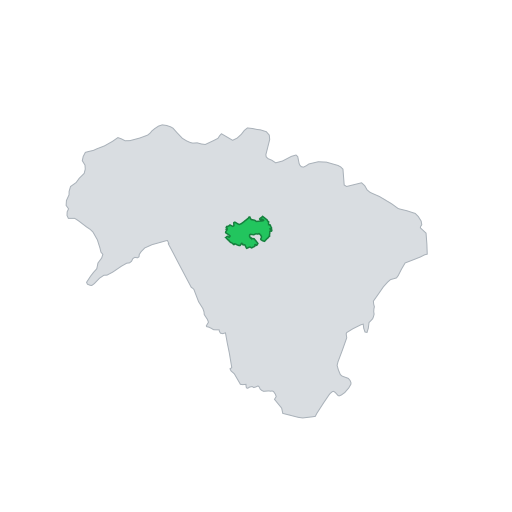 location of Boulkiemde, Boulkiemdé, Burkina Faso, rotated 63°
{"feature_id": "67063806B25202403935187", "entity_name": "Boulkiemde", "entity_type": "district", "adm_level": 2, "iso_a3": "BFA", "parent_name": "Burkina Faso", "parent_adm1": "Boulkiemdé", "projection": "equal_earth", "projection_center": [-2.114, 12.316], "detail": "fine", "context": "in_parent", "style": "filled", "palette": "green", "viewbox_px": 512, "rotation_deg": 63, "n_neighbors": 0, "source": "geoboundaries", "source_scale": "gbopen_adm2", "svg_char_len": 8207}
<svg xmlns="http://www.w3.org/2000/svg" viewBox="0 0 512 512"><g transform="rotate(63 256 256)"><path d="M362.2,328.2L351.1,328.8L347.1,330.4L344.7,330.4L344.6,329.0L344.3,328.2L330.3,323.8L320.5,321.1L310.6,318.1L310.1,320.9L308.6,322.7L306.5,322.8L305.0,322.4L304.0,324.5L302.4,327.3L300.1,328.7L297.8,330.5L296.6,332.0L295.7,332.0L293.4,328.4L290.4,328.1L284.7,328.7L282.2,327.7L278.7,327.2L270.6,327.9L257.5,326.5L255.4,327.3L254.8,327.9L241.9,328.1L227.7,328.3L215.8,328.4L205.3,328.6L205.3,328.0L202.0,327.9L201.6,329.1L198.7,343.5L198.3,351.4L199.9,356.2L201.6,359.3L203.6,360.6L203.8,362.4L202.2,364.6L202.4,366.9L204.2,369.3L204.7,371.8L203.7,374.5L204.0,380.8L205.3,390.9L205.4,397.4L204.1,400.3L204.7,405.4L207.2,412.6L207.7,415.7L206.8,417.1L204.6,419.0L202.5,418.9L200.0,414.5L198.9,412.6L196.8,408.2L195.1,403.7L192.8,401.8L190.5,400.0L187.7,394.4L185.0,391.7L182.2,392.4L178.0,391.4L169.6,390.0L160.6,390.4L156.9,391.7L153.2,393.8L143.8,398.3L140.1,400.5L137.3,406.1L134.1,406.0L130.9,404.2L128.9,401.6L124.7,402.2L120.5,399.7L116.6,394.8L113.6,393.2L109.9,389.7L108.9,382.9L106.5,378.2L104.4,371.6L101.1,368.7L97.4,367.1L92.2,367.5L88.9,364.8L86.2,361.0L86.9,357.7L88.1,352.9L88.3,348.4L89.1,341.0L88.7,331.8L87.8,325.3L90.6,322.7L93.9,320.3L96.0,315.9L98.1,306.1L99.1,297.6L98.4,294.5L97.3,292.0L96.5,288.3L96.0,283.9L96.6,280.0L99.1,276.4L102.2,273.4L104.5,271.9L110.3,270.4L117.7,268.2L121.9,265.6L125.0,263.1L126.7,261.1L128.5,257.0L131.4,253.8L133.6,250.6L133.9,241.6L133.9,236.5L132.3,233.7L131.4,231.3L142.3,224.3L142.4,219.3L140.9,213.8L138.8,209.4L138.0,205.5L141.0,201.0L143.7,197.7L145.6,194.8L149.9,190.4L154.3,189.3L158.4,190.9L170.2,201.2L172.3,201.9L174.7,201.1L177.9,198.4L181.9,196.2L183.4,189.3L183.3,179.2L184.2,174.5L186.4,173.7L193.2,175.6L195.0,175.7L197.0,175.1L198.4,173.3L198.4,170.0L198.0,167.1L200.3,157.7L204.3,150.7L212.6,141.8L215.1,140.1L218.1,139.1L232.8,145.2L235.2,143.7L238.7,128.7L242.7,127.2L247.5,127.0L250.6,125.7L252.2,124.6L259.2,118.9L271.5,111.2L278.1,107.9L279.4,106.6L284.1,101.1L290.4,94.8L294.4,93.5L299.9,93.0L303.4,94.1L304.4,95.9L305.5,96.8L312.8,94.1L323.1,98.4L332.1,102.6L331.5,105.2L331.5,110.0L330.8,117.4L329.9,126.3L333.6,132.1L338.1,138.3L339.3,140.8L338.1,146.9L339.0,150.5L341.3,156.5L345.4,164.1L349.5,171.9L352.3,173.0L355.0,173.6L356.7,175.0L359.1,176.4L361.5,177.2L363.5,179.0L364.9,180.6L366.6,185.5L371.3,188.7L374.5,191.8L373.2,193.4L369.2,192.8L365.4,191.4L364.9,193.7L364.8,202.6L365.4,210.0L366.3,211.0L370.1,212.3L379.2,221.9L387.5,231.0L390.3,233.4L394.8,234.3L399.9,234.7L402.1,233.8L407.0,229.3L409.6,228.7L412.0,228.9L413.3,229.6L415.7,233.3L418.0,239.0L418.6,243.2L418.4,245.4L417.7,246.2L413.7,247.3L411.9,248.2L411.5,249.4L412.1,252.2L412.9,254.0L417.4,262.2L423.8,273.2L425.8,276.0L424.7,279.3L421.5,287.9L419.1,291.4L408.4,303.6L403.2,302.2L392.1,304.6L390.4,301.8L387.9,301.5L384.7,301.9L383.5,303.0L383.2,304.2L382.0,305.9L380.0,310.7L378.4,311.9L376.5,312.7L374.1,312.6L372.7,313.2L372.6,315.6L372.2,317.7L370.6,318.7L369.9,321.1L370.1,323.4L369.1,324.4L367.0,323.8L365.8,323.2L364.6,326.2L363.2,328.2L362.2,328.2Z" fill="#d9dde1" stroke="#a8b0b8" stroke-width="1"/><path d="M240.0,230.1L239.7,230.5L239.3,230.8L239.1,231.0L238.8,231.1L238.7,231.2L238.4,231.2L238.3,230.9L238.2,230.9L238.3,230.7L238.5,230.2L238.6,229.9L238.4,229.6L238.2,229.4L237.5,229.4L237.0,229.4L236.6,229.5L236.2,229.5L235.6,229.3L235.2,229.3L234.9,229.3L234.7,229.3L234.4,229.5L234.3,229.8L234.4,230.0L233.9,230.2L233.8,230.4L233.7,230.3L233.7,230.2L233.5,230.3L233.3,230.3L233.2,230.3L232.7,230.1L232.1,229.7L231.6,229.4L231.4,229.2L231.2,229.2L231.0,229.4L230.9,229.6L230.0,229.7L229.0,229.7L227.2,230.5L225.4,231.3L224.8,231.6L223.7,232.1L223.9,232.6L224.0,233.0L224.0,233.4L224.1,233.6L224.3,233.9L224.2,234.2L224.2,234.6L224.3,235.1L224.4,235.3L224.5,235.7L224.6,235.8L224.7,236.0L224.9,236.0L225.6,235.7L225.9,235.5L226.0,235.5L226.1,235.4L226.1,235.2L226.0,234.8L225.9,234.1L226.0,233.9L226.3,233.6L226.6,233.3L226.8,233.2L227.5,233.0L227.8,233.1L227.8,233.3L227.7,233.6L227.7,233.8L227.5,234.2L227.4,234.2L227.3,234.4L227.4,234.5L227.5,234.8L227.4,234.9L227.4,235.0L227.2,235.3L227.1,235.8L226.9,236.2L226.5,237.2L226.1,238.2L225.4,239.8L225.3,240.1L224.9,240.3L224.1,240.6L223.6,240.9L223.2,241.4L222.1,242.7L221.5,243.6L221.3,243.8L221.1,243.9L220.8,243.8L220.4,243.8L220.2,243.8L219.9,243.9L218.5,243.8L218.4,243.8L218.2,244.5L218.2,244.8L218.3,244.9L218.6,245.2L218.7,245.4L218.8,245.7L218.9,246.1L219.0,246.7L219.4,248.4L219.5,249.1L219.6,249.8L220.0,251.2L220.4,253.8L220.5,254.4L220.5,254.7L220.4,255.6L220.4,256.5L220.2,256.8L219.1,257.6L218.7,257.9L216.7,259.1L216.4,259.4L216.2,259.6L216.2,260.6L216.8,261.0L218.3,261.6L218.7,261.8L218.9,261.9L218.9,262.0L219.0,262.2L219.0,263.0L219.0,263.3L218.8,263.5L217.6,264.3L217.2,264.7L216.6,265.0L216.5,265.5L216.8,266.1L216.8,266.4L216.9,266.6L216.9,267.0L216.7,267.9L216.5,268.3L216.4,268.5L216.4,268.8L216.7,269.1L217.0,269.5L217.3,269.8L217.5,269.6L218.1,269.3L218.1,269.2L218.3,269.2L218.7,269.6L218.8,269.8L219.0,269.9L219.0,270.0L219.3,269.7L219.5,269.8L219.6,270.0L219.7,270.3L220.0,270.8L220.3,271.4L221.0,272.2L221.3,272.4L221.6,272.4L222.4,272.0L223.1,271.6L223.7,271.2L224.3,270.9L224.9,270.6L225.8,270.2L226.3,270.0L226.6,270.2L226.7,270.4L227.1,271.1L227.1,271.3L227.0,271.6L226.9,271.7L226.7,271.7L226.4,271.9L226.1,272.0L225.6,272.3L225.5,272.5L225.4,272.6L225.4,272.8L225.5,273.2L225.6,273.5L225.7,273.9L225.7,274.1L225.8,274.5L225.9,274.4L226.2,274.4L226.7,274.3L227.4,274.1L228.8,273.7L229.2,273.5L229.3,273.3L229.4,273.2L229.5,273.2L229.8,273.1L230.0,273.1L230.3,273.0L230.5,273.1L230.8,273.1L231.1,272.9L231.4,272.8L231.8,272.7L232.2,272.5L232.4,272.5L232.5,272.4L232.8,272.0L233.0,271.8L233.4,271.6L233.6,271.5L234.6,271.1L234.9,270.9L235.3,270.8L235.6,270.8L235.9,270.1L235.8,269.9L235.4,269.7L235.5,269.3L236.4,268.5L237.6,267.7L237.8,267.4L238.6,266.8L239.0,266.2L239.3,265.8L239.4,265.6L239.4,265.4L239.3,265.2L239.2,265.1L239.2,264.9L238.7,264.2L238.5,263.9L238.3,263.3L238.2,263.1L238.2,262.9L238.3,262.9L238.4,263.0L238.5,263.0L239.0,262.8L239.3,262.6L239.4,262.4L239.6,262.4L239.9,262.5L240.0,262.5L240.1,262.4L240.1,262.5L240.3,262.4L240.4,262.2L240.6,261.8L240.6,261.7L240.7,261.3L240.8,261.1L241.0,260.9L241.7,260.9L242.4,260.9L242.9,260.9L243.8,260.9L244.4,260.9L244.8,260.9L245.0,260.8L245.0,259.5L245.1,259.1L245.0,258.3L245.1,257.8L245.2,257.6L245.3,257.4L245.4,257.1L245.6,256.9L245.9,256.8L246.2,256.7L246.5,256.5L246.7,256.4L246.8,256.0L246.8,255.3L246.7,254.6L246.8,254.0L246.8,253.5L246.8,253.2L246.8,252.9L246.8,252.7L246.7,252.5L246.3,252.3L246.1,252.2L245.9,252.1L245.7,252.0L245.5,251.9L245.4,251.7L245.5,251.4L245.7,251.2L246.4,251.0L246.7,250.8L246.8,250.7L246.8,250.4L246.6,250.3L246.2,249.4L245.9,248.9L245.7,248.8L245.6,248.6L243.6,249.0L242.4,249.2L241.0,249.6L240.1,249.8L239.8,249.8L239.6,250.0L239.4,250.3L239.1,250.9L238.9,251.2L238.4,251.8L238.5,251.9L238.4,251.9L238.4,252.0L238.1,252.3L238.0,252.2L237.9,252.3L237.6,252.3L237.6,252.1L237.3,252.2L237.1,252.5L237.2,252.8L236.7,252.9L236.4,252.9L236.1,252.8L235.9,252.7L235.6,252.8L235.4,252.8L235.2,252.8L235.1,252.7L234.7,252.2L234.5,251.9L234.3,251.9L234.2,251.9L234.1,251.1L235.0,249.9L235.4,249.3L235.8,248.8L236.1,248.3L236.1,247.4L236.1,246.2L236.3,245.8L237.3,244.4L237.4,244.2L237.3,243.7L237.3,243.4L237.4,243.2L237.5,243.0L237.6,242.9L237.8,242.9L238.1,242.8L238.7,242.6L239.3,242.4L239.7,242.3L239.9,242.4L240.4,242.4L240.6,242.3L240.9,242.3L241.1,242.3L241.4,242.4L242.0,242.8L242.2,243.0L242.6,243.5L242.9,243.9L243.0,244.1L243.4,244.2L243.6,244.2L243.9,244.1L244.5,243.7L245.0,243.5L245.5,243.1L245.7,242.9L246.1,242.5L246.4,242.2L246.7,241.9L246.8,241.8L246.8,241.7L246.6,241.2L246.5,240.9L246.3,240.4L245.7,238.7L245.5,238.2L245.4,237.3L245.3,237.1L245.2,237.0L245.0,236.5L244.8,236.2L244.6,235.2L244.5,234.9L244.4,234.7L244.2,234.7L243.8,234.7L243.6,234.7L243.0,234.2L242.7,233.9L242.5,233.7L242.2,233.6L241.8,233.3L241.2,233.0L240.8,232.8L240.3,232.5L240.2,232.3L240.2,232.2L240.3,232.0L240.6,231.5L240.8,231.2L240.9,230.9L240.7,230.7L240.5,230.4L240.4,230.3L240.2,230.2L240.0,230.1Z" fill="#22c55e" stroke="#15803d" stroke-width="1.5"/></g></svg>